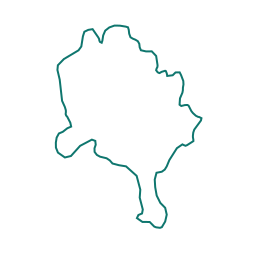 outline of Kano, rotated 352°
{"feature_id": "NGA-2869", "entity_name": "Kano", "entity_type": "State", "adm_level": 1, "iso_a3": "NGA", "parent_name": "Nigeria", "parent_adm1": "", "projection": "robinson", "projection_center": [8.618, 11.56], "detail": "fine", "context": "isolated", "style": "outline", "palette": "teal", "viewbox_px": 256, "rotation_deg": 352, "n_neighbors": 0, "source": "natural_earth", "source_scale": "10m", "svg_char_len": 1719}
<svg xmlns="http://www.w3.org/2000/svg" viewBox="0 0 256 256"><g transform="rotate(352 128 128)"><path d="M190.9,150.1L184.1,153.2L182.5,153.6L180.9,152.7L179.6,151.8L173.6,154.8L164.5,165.5L161.0,171.4L158.6,174.3L155.4,176.0L150.0,176.3L147.3,182.8L146.7,190.4L147.0,198.9L149.6,206.7L153.7,212.2L154.3,219.2L151.8,225.8L147.7,230.9L145.8,231.3L142.1,230.3L140.3,229.3L136.4,224.1L129.2,223.0L124.3,218.5L126.2,215.6L130.0,214.6L131.3,210.8L129.9,198.6L131.6,190.8L129.9,176.6L120.7,165.7L113.9,163.6L107.7,161.0L105.5,157.6L102.6,155.0L96.3,152.5L93.4,150.3L91.6,147.0L92.0,143.4L93.7,140.1L93.8,136.2L90.6,134.5L78.1,139.0L67.6,147.8L61.4,148.4L55.2,142.6L53.9,137.4L54.5,132.5L56.0,127.6L58.8,123.8L62.9,122.7L67.9,119.8L71.9,118.7L71.6,114.7L69.4,108.4L68.5,107.1L68.2,105.5L68.7,103.6L68.9,101.7L68.4,98.4L66.5,91.9L67.1,70.6L66.2,60.7L67.3,56.1L74.1,50.8L89.8,44.2L93.1,40.8L96.1,31.0L98.2,26.6L102.3,25.3L106.7,25.2L111.2,34.2L111.8,35.9L111.8,37.4L112.2,38.8L113.8,39.9L114.8,37.9L116.3,32.9L119.0,28.4L123.5,25.8L128.8,24.7L134.1,25.5L139.9,27.3L142.0,28.3L142.4,30.9L142.3,34.8L143.1,38.5L145.2,40.2L147.6,41.6L149.8,43.4L150.9,46.2L150.8,49.7L151.6,52.8L156.6,54.7L162.2,55.4L165.9,60.6L166.0,70.0L165.6,71.7L164.6,73.1L163.9,74.7L165.1,76.9L166.0,77.6L166.9,78.0L169.0,77.1L172.7,76.5L173.4,76.9L174.0,79.4L174.1,81.9L179.6,82.0L182.8,79.6L186.9,80.1L187.9,83.0L189.3,89.1L189.0,92.6L188.0,95.7L187.6,98.2L186.8,100.6L183.6,105.9L182.3,112.1L183.8,113.6L187.6,113.2L190.1,113.5L191.1,114.3L193.1,120.1L194.4,122.3L196.9,125.3L198.9,126.7L200.1,127.1L202.1,128.5L201.3,130.7L193.4,138.8L192.0,141.6L191.2,144.7L191.0,146.1L191.1,148.8L190.9,150.1Z" fill="none" stroke="#0f766e" stroke-width="2"/></g></svg>